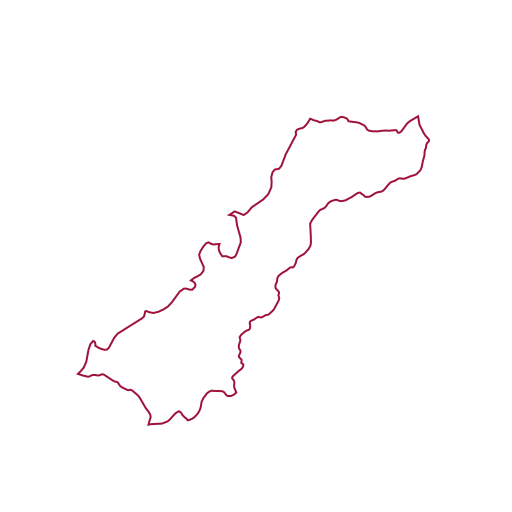 the border of Chumphon, rotated 208°
{"feature_id": "THA-375", "entity_name": "Chumphon", "entity_type": "Province", "adm_level": 1, "iso_a3": "THA", "parent_name": "Thailand", "parent_adm1": "", "projection": "natural_earth1", "projection_center": [99.017, 10.32], "detail": "fine", "context": "isolated", "style": "outline", "palette": "rose", "viewbox_px": 512, "rotation_deg": 208, "n_neighbors": 0, "source": "natural_earth", "source_scale": "10m", "svg_char_len": 5091}
<svg xmlns="http://www.w3.org/2000/svg" viewBox="0 0 512 512"><g transform="rotate(208 256 256)"><path d="M251.2,82.7L253.3,79.3L255.4,70.9L256.4,68.5L260.3,63.9L269.8,58.2L271.7,56.6L272.4,59.1L273.3,64.1L273.9,65.0L274.8,66.2L278.1,68.3L281.9,69.9L292.0,76.2L294.3,77.3L296.5,77.9L298.2,78.2L301.4,79.0L303.0,79.1L304.2,78.9L305.4,77.8L306.1,77.4L312.0,77.1L314.7,77.4L316.3,78.1L317.8,79.1L318.9,79.5L319.8,79.5L320.7,79.2L321.6,78.9L323.3,78.8L334.3,79.8L336.0,79.6L336.6,79.1L337.7,77.7L338.9,76.6L340.5,75.9L341.4,75.7L343.0,75.0L344.4,74.2L345.0,73.6L345.5,72.9L346.0,72.2L346.5,71.5L347.1,70.9L347.8,70.5L348.7,70.2L351.1,69.7L352.1,69.3L357.9,68.3L356.8,71.6L355.7,76.5L356.2,83.0L359.9,94.6L360.8,100.4L359.9,104.6L357.9,104.4L356.2,102.5L355.7,101.3L351.3,101.1L347.9,101.5L345.6,102.1L343.6,103.5L342.8,106.0L342.8,117.4L341.7,122.5L327.4,147.4L326.5,149.9L327.1,152.8L327.8,154.7L327.2,155.9L324.1,156.2L319.9,157.5L316.0,160.9L312.7,165.3L310.1,169.8L308.6,175.4L306.7,188.7L304.3,193.4L301.8,194.6L298.8,195.1L296.4,196.4L295.4,200.1L295.9,202.2L297.4,203.4L299.5,204.0L302.0,203.9L300.3,207.6L298.1,210.6L296.2,213.8L295.4,218.1L296.9,221.7L304.2,227.4L306.9,230.6L307.3,234.1L307.0,239.2L306.0,243.8L304.4,245.7L300.9,245.7L299.2,246.1L293.9,249.5L293.1,246.0L291.3,243.5L288.9,241.7L285.7,239.9L282.1,241.9L279.0,242.2L276.4,242.8L274.2,245.7L274.2,248.8L275.8,260.9L278.3,265.0L287.2,274.3L291.6,280.4L294.3,281.2L298.8,279.8L295.7,285.4L286.1,286.4L284.0,290.4L282.6,297.0L276.2,309.3L274.2,316.2L274.7,323.8L277.0,328.8L279.6,332.9L280.7,337.8L280.0,341.1L276.6,343.9L275.9,347.5L277.5,359.7L277.5,381.5L277.8,382.4L278.6,383.2L279.2,384.4L279.1,386.4L278.2,388.0L275.2,390.7L274.2,392.2L273.4,395.0L272.9,397.6L272.6,402.7L268.7,403.0L265.2,403.9L263.2,403.8L262.5,404.0L261.4,404.6L258.6,407.7L253.7,410.8L251.0,412.0L249.2,413.9L248.4,415.2L247.4,417.1L246.5,418.4L245.5,419.1L244.0,419.6L241.2,420.0L239.7,419.8L238.8,419.3L238.3,418.8L237.9,418.6L237.2,418.5L229.0,421.6L226.5,422.0L222.6,422.1L221.6,422.0L220.7,421.8L219.9,421.5L217.7,420.1L216.9,419.8L216.0,419.7L214.7,419.8L211.5,420.9L207.2,423.1L203.0,426.1L199.4,428.2L197.8,428.8L195.7,430.2L195.0,430.6L192.2,432.5L191.5,432.8L190.8,432.9L190.3,432.5L189.7,432.0L189.0,431.7L188.1,431.6L187.1,432.5L186.2,434.2L184.8,443.9L183.5,447.2L178.5,455.4L173.1,448.5L165.3,443.1L162.7,441.7L158.6,440.3L157.7,439.6L157.2,438.6L157.4,437.7L157.7,436.9L157.9,435.8L157.9,434.5L156.8,431.4L156.6,430.1L156.6,429.1L156.3,428.0L155.9,426.8L154.6,424.2L154.3,423.1L154.1,422.1L153.1,417.8L151.6,412.9L151.2,410.4L151.2,408.6L152.5,404.2L152.9,403.4L153.4,402.6L154.5,401.4L156.9,399.1L158.0,397.9L158.5,397.1L161.2,394.0L161.9,393.5L162.7,393.1L163.5,392.8L164.4,392.6L165.2,392.2L165.9,391.8L166.6,391.2L168.3,388.2L168.8,387.5L171.6,384.4L172.1,383.0L172.7,381.0L173.5,376.6L174.0,374.6L174.6,373.1L175.6,371.7L176.2,371.1L176.9,370.6L177.6,370.2L179.4,368.4L180.4,367.1L182.5,363.3L183.5,361.9L184.1,361.3L186.3,360.0L187.0,359.7L187.8,359.6L188.5,359.8L189.2,360.1L189.9,360.3L191.8,360.4L193.6,360.9L194.6,360.4L195.9,359.2L199.6,352.3L201.5,349.7L202.4,348.1L202.9,347.5L203.5,346.8L206.0,344.8L206.2,344.6L207.5,344.0L211.3,343.4L212.1,343.0L215.1,340.1L216.5,337.8L217.1,335.8L217.4,333.0L217.8,331.4L218.4,330.1L220.7,327.1L221.4,325.8L223.3,314.7L223.4,311.9L223.4,310.0L216.7,298.9L215.9,297.3L214.5,295.0L213.4,292.7L213.0,291.5L212.8,290.1L212.8,287.3L214.1,281.6L214.8,280.0L215.4,278.9L215.9,278.2L217.3,276.0L218.3,273.8L218.5,272.4L218.3,271.3L217.6,268.4L217.5,265.5L217.7,263.9L218.4,263.0L219.2,262.8L220.0,262.3L220.7,261.4L222.3,257.5L224.9,253.4L226.3,250.3L226.8,248.4L226.8,247.0L226.6,246.0L226.2,245.3L225.4,243.0L225.3,240.8L225.1,239.4L224.7,238.5L224.2,237.8L223.7,237.0L223.1,236.5L220.4,235.7L219.6,235.3L218.8,234.9L218.3,234.1L218.0,232.8L217.7,231.7L217.1,231.1L215.9,230.0L215.5,229.2L215.3,228.2L215.1,227.2L215.1,218.4L215.3,216.4L215.7,214.9L216.1,213.9L217.2,210.7L217.5,210.2L217.9,209.8L219.6,208.3L220.2,207.6L221.6,205.2L222.1,204.6L222.7,204.1L225.1,203.4L225.8,202.8L226.3,202.1L228.0,198.9L230.2,196.1L230.4,195.0L230.2,194.1L229.7,193.3L228.5,191.9L228.0,190.9L227.4,189.3L227.4,188.1L227.8,187.3L228.4,186.7L229.4,185.6L230.4,183.8L232.0,179.8L232.3,177.7L232.2,176.3L230.8,175.0L230.1,174.0L229.3,169.5L228.9,168.3L228.0,166.9L227.4,166.3L225.8,165.5L225.2,164.9L224.8,164.2L224.5,163.2L224.2,160.0L223.9,159.2L223.3,158.7L221.6,158.1L220.6,157.9L219.9,157.5L219.5,156.8L219.3,155.8L219.0,155.0L218.5,154.5L217.0,154.6L216.3,154.3L215.6,152.6L215.6,151.3L215.7,150.1L216.0,149.2L216.4,148.3L217.2,146.7L220.0,138.9L220.0,137.6L219.6,136.8L217.2,135.7L216.5,135.2L216.0,134.6L215.5,133.7L214.5,131.3L213.5,129.7L209.3,126.2L210.4,123.2L212.4,120.6L215.6,119.0L217.8,119.6L219.8,120.7L222.4,120.8L230.9,116.6L232.0,116.3L233.8,114.0L234.8,111.8L235.7,106.2L235.7,102.1L233.8,96.5L233.3,93.1L233.4,90.2L234.0,87.2L234.9,84.3L236.3,81.9L238.5,79.3L239.4,78.9L240.6,79.6L243.7,80.2L246.4,81.1L248.9,82.6L251.2,82.7Z" fill="none" stroke="#9f1239" stroke-width="2"/></g></svg>